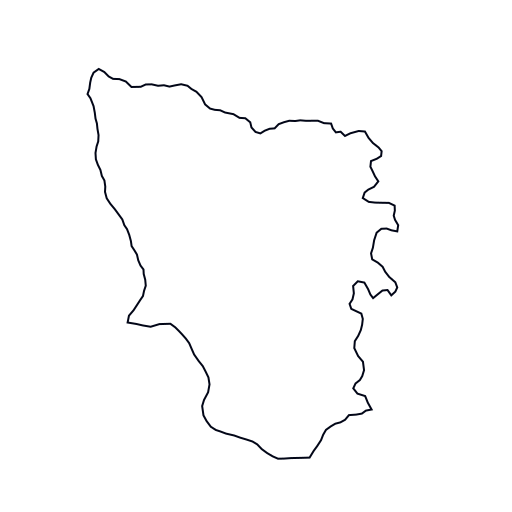 Iraí de Minas, Minas Gerais, Brazil (Albers equal-area conic projection), rotated 262°
{"feature_id": "56859067B90662154366353", "entity_name": "Iraí de Minas", "entity_type": "district", "adm_level": 2, "iso_a3": "BRA", "parent_name": "Brazil", "parent_adm1": "Minas Gerais", "projection": "albers", "projection_center": [-47.455, -19.048], "detail": "fine", "context": "isolated", "style": "outline", "palette": "ink", "viewbox_px": 512, "rotation_deg": 262, "n_neighbors": 0, "source": "geoboundaries", "source_scale": "gbopen_adm2", "svg_char_len": 2821}
<svg xmlns="http://www.w3.org/2000/svg" viewBox="0 0 512 512"><g transform="rotate(262 256 256)"><path d="M439.8,111.7L435.3,114.0L427.0,116.0L420.3,116.3L414.4,116.2L409.4,116.9L404.0,116.7L397.6,116.9L391.4,115.7L386.7,113.4L380.4,111.4L374.0,110.9L368.3,112.1L362.9,113.9L356.7,114.5L351.9,116.4L345.7,116.4L340.5,115.4L333.9,116.2L328.0,119.0L322.0,122.7L315.1,126.4L310.8,128.7L304.8,129.9L300.6,132.0L294.6,133.4L288.2,134.2L283.1,134.2L278.7,136.3L274.0,138.3L268.1,138.8L262.6,140.3L258.3,142.7L253.8,142.3L247.9,143.0L241.9,142.7L237.1,140.3L232.1,138.5L228.6,135.3L224.8,132.0L219.3,127.2L214.6,121.9L208.0,119.6L205.3,128.2L203.0,134.2L200.6,141.8L202.0,150.9L200.8,161.8L196.6,166.1L192.5,169.2L188.7,171.9L184.0,175.0L179.0,177.7L173.5,179.2L167.1,181.0L160.0,184.6L154.3,188.0L148.6,190.0L142.4,192.0L135.3,192.1L127.7,189.6L120.7,184.5L114.9,181.8L105.5,181.8L99.4,184.1L93.2,187.5L89.3,192.0L87.3,196.1L84.3,201.6L81.3,209.4L78.3,215.1L75.5,221.2L72.8,226.7L69.3,231.0L64.0,234.8L59.3,239.6L55.3,244.6L52.2,249.6L51.5,255.4L51.0,262.7L49.8,272.8L48.9,281.0L55.1,286.1L59.2,290.1L64.6,294.8L69.6,297.6L74.1,301.1L76.9,306.4L78.9,311.2L79.5,316.4L81.4,321.4L85.5,325.9L85.0,333.0L85.2,338.9L87.6,343.3L87.9,349.1L95.2,346.3L102.1,344.6L105.6,337.3L111.4,333.9L115.9,336.8L118.7,341.6L122.3,344.5L127.9,347.1L136.4,347.2L142.7,343.2L151.1,340.5L157.9,342.0L162.7,346.1L168.1,349.5L173.1,351.5L178.8,353.0L184.3,352.3L187.1,348.0L190.4,343.0L195.6,342.0L199.6,345.5L205.4,347.7L212.8,348.0L216.8,353.3L214.6,359.6L207.6,362.4L202.0,363.9L198.0,366.1L201.4,371.7L204.2,376.4L204.0,381.5L198.2,384.5L201.3,389.0L205.2,391.5L210.6,390.3L216.7,385.0L222.5,381.7L227.7,379.9L232.5,375.7L236.5,370.6L242.6,370.3L247.9,372.9L255.2,375.2L262.3,378.7L265.5,383.9L265.0,389.2L262.6,393.7L260.7,399.3L266.7,401.1L272.5,398.7L276.8,398.0L281.6,399.8L286.6,400.3L290.1,395.0L291.3,387.4L292.3,381.4L293.9,375.2L298.5,369.8L303.7,372.4L306.1,376.4L308.1,382.5L312.9,387.5L318.4,384.9L324.3,383.1L328.5,381.7L334.0,383.1L335.5,389.2L337.6,393.8L342.3,395.0L346.4,392.5L351.6,387.5L357.3,383.9L364.1,381.2L365.5,375.1L364.4,366.6L362.5,360.8L367.3,357.1L367.3,352.3L371.6,349.8L376.7,348.8L378.1,341.8L381.3,336.2L382.0,331.3L382.9,324.4L384.2,318.7L384.2,313.6L385.3,307.8L384.6,302.3L383.4,296.8L379.8,292.2L380.1,287.2L378.9,282.2L376.8,277.4L378.9,272.8L383.9,269.4L389.2,268.9L393.9,264.6L395.1,258.9L399.6,253.4L402.4,245.3L405.3,240.8L406.5,235.5L408.4,231.0L413.2,226.7L420.9,224.2L426.9,219.9L430.3,215.4L434.1,211.9L436.5,205.8L436.2,199.1L435.8,193.9L437.9,188.6L438.2,182.7L440.5,176.6L441.2,170.7L439.6,165.4L440.7,156.2L446.9,151.4L450.2,145.3L451.3,139.1L454.3,135.1L459.3,131.4L463.1,126.3L460.2,120.7L455.5,117.7L451.0,116.0L444.6,114.2L439.8,111.7Z" fill="none" stroke="#020617" stroke-width="2"/></g></svg>